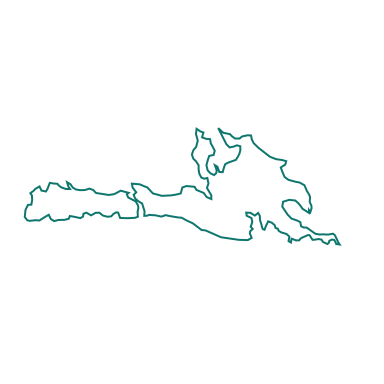 Taean-gun, South Chungcheong, South Korea (Albers equal-area conic projection), rotated 105°
{"feature_id": "91817680B59614790278386", "entity_name": "Taean-gun", "entity_type": "district", "adm_level": 2, "iso_a3": "KOR", "parent_name": "South Korea", "parent_adm1": "South Chungcheong", "projection": "albers", "projection_center": [126.283, 36.694], "detail": "fine", "context": "isolated", "style": "outline", "palette": "teal", "viewbox_px": 384, "rotation_deg": 105, "n_neighbors": 0, "source": "geoboundaries", "source_scale": "gbopen_adm2", "svg_char_len": 3417}
<svg xmlns="http://www.w3.org/2000/svg" viewBox="0 0 384 384"><g transform="rotate(105 192 192)"><path d="M220.9,122.5L217.0,125.4L215.0,125.7L212.0,123.8L210.4,126.3L207.9,126.1L204.9,126.1L201.7,127.9L200.8,133.0L197.9,134.3L197.0,130.2L198.5,125.2L195.1,122.7L197.4,120.4L202.0,118.8L205.4,116.5L207.7,115.4L209.5,114.0L209.7,112.2L205.2,111.7L200.6,110.8L201.1,106.7L202.7,103.5L205.2,101.9L205.2,99.6L207.0,98.3L207.9,95.5L208.1,89.8L209.9,86.4L214.5,86.0L215.2,83.4L211.3,83.7L211.8,78.9L210.9,75.9L209.0,75.2L207.4,73.6L205.8,71.6L203.6,68.9L203.3,67.3L207.0,63.2L206.3,61.1L204.7,57.7L204.5,54.5L206.3,52.7L207.2,47.7L205.6,46.7L203.6,46.7L201.7,44.5L201.5,42.2L203.3,40.4L204.9,39.2L204.5,35.8L202.9,37.6L200.1,39.9L196.7,42.9L195.8,44.9L197.9,49.5L199.0,54.5L200.1,58.1L200.4,62.0L199.0,65.9L196.7,72.0L197.4,75.0L196.9,77.7L193.1,79.6L192.4,82.8L191.9,89.1L189.0,93.9L182.8,101.0L177.8,101.5L174.4,96.0L173.5,90.1L175.3,86.4L177.6,83.2L179.6,80.9L180.3,78.7L181.9,73.6L179.2,74.3L180.8,72.5L176.7,72.3L174.2,73.2L171.2,75.7L166.4,76.6L163.9,78.4L161.4,81.2L156.4,85.1L155.0,90.5L155.3,94.8L155.3,101.9L153.5,106.5L148.9,110.1L145.3,112.6L141.4,109.0L137.8,109.0L137.8,113.3L138.5,119.3L137.8,125.8L132.1,139.3L128.9,145.0L125.7,147.9L122.1,149.6L122.8,152.9L125.3,157.9L128.1,160.0L129.2,164.3L127.8,167.9L126.3,170.3L126.7,177.1L123.5,183.2L137.0,171.1L139.2,167.2L137.4,163.6L135.3,160.7L135.3,157.2L139.2,156.1L142.8,156.1L146.0,156.8L149.6,157.9L154.5,165.0L156.7,167.2L161.7,167.5L164.9,167.5L165.6,170.8L161.0,174.0L160.2,176.8L164.9,173.6L167.7,173.6L169.9,175.0L169.2,179.0L167.0,182.5L162.4,185.0L156.7,185.0L152.7,184.7L150.6,180.7L146.3,180.7L142.7,183.9L140.2,186.4L136.3,188.2L137.0,192.1L136.6,196.4L131.6,196.4L131.3,199.6L129.8,203.9L134.9,203.2L140.9,199.7L143.1,199.7L147.4,199.7L151.3,201.5L155.9,201.8L159.5,199.3L161.3,196.1L164.5,192.5L168.4,191.5L172.4,189.7L175.6,186.8L176.0,183.6L174.5,180.8L179.5,178.3L184.2,178.6L186.3,176.5L190.2,172.5L193.8,171.5L193.1,176.5L189.9,180.4L188.8,188.3L186.3,190.8L187.7,199.0L190.2,202.5L196.3,202.5L198.5,206.5L200.6,211.1L203.5,220.1L203.5,229.4L199.2,236.2L198.8,239.7L198.1,244.4L199.5,252.2L203.1,250.5L206.7,245.8L209.9,247.6L213.1,245.1L214.9,241.2L216.0,237.2L222.8,232.9L227.4,231.9L226.5,229.2L225.1,227.3L224.6,224.1L224.0,221.6L223.7,215.4L222.8,213.8L221.2,211.6L221.0,207.4L220.2,199.0L219.5,195.4L221.0,189.3L222.0,183.3L226.2,172.9L225.6,169.0L228.2,152.2L226.1,134.5L224.0,125.6L220.9,122.5ZM233.9,247.2L231.7,240.4L229.9,237.9L225.3,239.4L221.3,239.7L218.8,240.8L215.6,244.0L213.8,252.2L211.0,254.4L209.2,253.0L209.2,258.0L209.2,261.2L214.2,266.6L216.4,271.6L217.4,280.9L217.8,284.4L215.6,288.0L215.3,292.0L217.8,295.9L219.2,300.6L219.6,304.9L218.5,308.4L216.0,311.3L214.9,315.2L218.9,312.7L220.7,310.6L221.7,314.5L221.4,319.2L220.3,322.1L218.9,324.2L219.6,327.8L220.0,331.7L226.4,332.4L229.3,333.2L229.6,337.8L226.1,340.7L229.7,344.3L231.4,345.0L235.0,347.8L236.8,345.7L241.1,344.3L245.8,343.9L246.9,347.1L252.2,348.2L259.4,347.1L261.9,343.9L261.9,341.4L259.8,336.0L259.0,332.0L254.4,327.8L251.1,324.5L254.7,321.3L255.8,317.7L253.6,313.8L251.8,307.7L249.7,304.1L246.8,303.8L246.4,299.1L246.1,293.0L243.9,290.9L241.1,291.2L239.3,288.7L240.7,283.4L237.1,279.8L236.0,276.2L237.8,271.9L237.8,267.3L236.4,263.7L233.5,262.2L231.4,260.1L231.0,258.0L235.7,254.7L233.9,247.2Z" fill="none" stroke="#0f766e" stroke-width="2"/></g></svg>